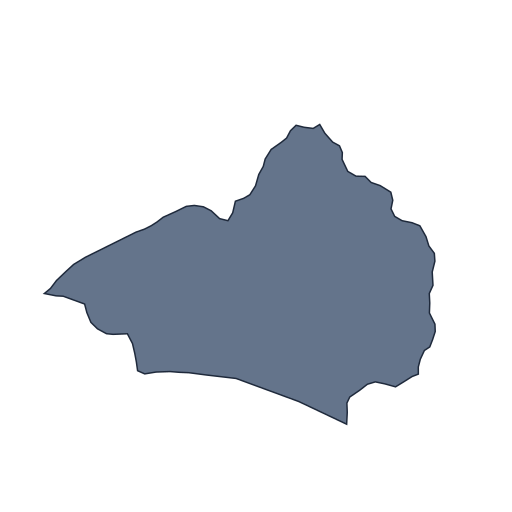 Severínia, São Paulo, Brazil (Albers equal-area conic projection), rotated 16°
{"feature_id": "56859067B63517445883281", "entity_name": "Severínia", "entity_type": "district", "adm_level": 2, "iso_a3": "BRA", "parent_name": "Brazil", "parent_adm1": "São Paulo", "projection": "albers", "projection_center": [-48.796, -20.784], "detail": "fine", "context": "isolated", "style": "filled", "palette": "slate", "viewbox_px": 512, "rotation_deg": 16, "n_neighbors": 0, "source": "geoboundaries", "source_scale": "gbopen_adm2", "svg_char_len": 1385}
<svg xmlns="http://www.w3.org/2000/svg" viewBox="0 0 512 512"><g transform="rotate(16 256 256)"><path d="M281.0,112.0L275.8,117.6L266.8,119.0L258.5,119.3L254.6,126.1L252.9,134.2L249.0,139.7L241.2,149.4L238.1,160.2L238.3,167.9L236.2,176.8L236.2,188.7L233.2,198.8L228.2,204.0L221.1,209.0L221.7,220.9L219.3,229.8L210.7,230.1L200.5,224.9L191.9,223.2L182.8,224.4L175.3,227.5L166.6,235.4L156.1,244.3L151.4,250.7L146.8,255.9L141.4,260.9L134.1,266.1L92.4,304.2L83.0,314.4L77.8,322.9L71.0,334.5L67.4,343.8L62.9,350.4L74.8,349.4L81.7,347.8L93.1,348.6L104.5,349.4L109.0,357.0L115.6,365.3L123.7,369.7L133.7,371.9L140.2,370.7L153.8,366.2L161.4,374.2L166.3,383.0L170.2,390.8L173.8,398.9L181.5,400.0L191.9,395.1L205.1,390.8L214.5,388.9L223.5,386.7L240.8,384.1L270.6,379.2L337.2,384.1L389.5,392.7L386.8,381.1L383.9,372.3L385.0,365.7L392.8,356.3L398.4,348.6L405.4,344.1L415.1,343.4L426.2,343.3L432.7,336.2L439.3,328.8L444.6,324.8L442.6,317.9L442.4,309.9L443.9,300.4L448.1,295.5L448.8,287.7L449.1,279.2L446.8,272.2L438.4,263.0L436.0,253.3L432.9,244.3L434.2,235.4L429.8,222.8L429.4,211.7L426.7,204.3L419.4,198.7L414.1,190.6L405.2,181.8L396.8,181.0L386.7,181.8L378.4,179.7L372.8,173.5L372.1,164.7L368.0,157.5L355.9,154.1L346.4,153.6L338.9,149.4L330.2,151.7L320.9,149.4L312.1,139.4L310.5,132.8L305.9,127.1L298.3,125.4L288.3,119.0L281.0,112.0Z" fill="#64748b" stroke="#1e293b" stroke-width="1.5"/></g></svg>